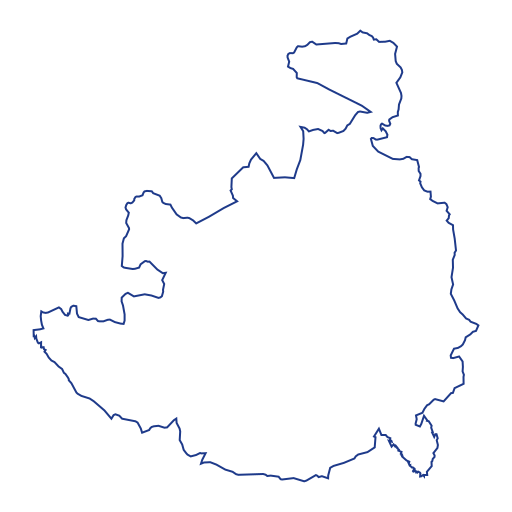 Mixtla de Altamirano, Veracruz, Mexico
{"feature_id": "50627088B84578837711437", "entity_name": "Mixtla de Altamirano", "entity_type": "district", "adm_level": 2, "iso_a3": "MEX", "parent_name": "Mexico", "parent_adm1": "Veracruz", "projection": "natural_earth1", "projection_center": [-96.977, 18.601], "detail": "fine", "context": "isolated", "style": "outline", "palette": "blue", "viewbox_px": 512, "rotation_deg": 0, "n_neighbors": 0, "source": "geoboundaries", "source_scale": "gbopen_adm2", "svg_char_len": 6012}
<svg xmlns="http://www.w3.org/2000/svg" viewBox="0 0 512 512"><path d="M293.6,478.1L304.2,481.3L306.4,480.6L315.9,475.1L317.4,475.8L318.6,477.1L321.9,476.2L328.1,478.3L328.2,475.5L330.2,467.8L333.6,465.9L343.8,462.9L354.4,458.5L355.7,456.4L358.2,454.5L367.5,452.1L374.7,447.4L375.5,437.2L374.0,436.5L378.9,428.7L381.4,435.0L385.7,435.0L387.5,437.1L390.3,438.2L390.0,439.8L391.5,441.0L391.7,441.7L388.9,440.8L391.6,446.6L393.6,444.4L395.2,446.5L395.7,445.7L397.5,447.9L397.3,448.3L398.9,449.7L398.4,450.6L401.5,451.9L400.8,453.8L401.9,454.4L401.5,455.1L402.5,456.1L402.2,456.6L406.6,460.5L409.3,461.7L409.0,463.0L408.5,462.9L409.6,465.4L410.1,465.2L410.0,465.7L412.1,467.6L412.8,467.4L414.4,468.6L413.0,471.1L413.3,471.5L414.8,470.2L415.0,471.3L415.8,471.2L416.1,472.2L416.5,471.9L417.2,472.6L418.1,471.6L419.9,472.6L420.4,473.3L420.1,476.5L421.3,476.3L423.1,475.0L424.0,476.1L424.0,475.0L427.2,475.0L426.9,471.8L431.7,466.1L431.5,461.9L432.2,461.3L432.8,458.8L434.5,457.0L434.6,455.4L433.4,453.1L437.4,448.0L437.9,445.0L436.7,440.2L437.7,438.3L436.5,434.2L435.3,434.2L434.2,436.9L432.1,432.5L432.8,432.2L431.2,427.7L431.6,425.7L428.7,421.2L427.0,420.8L427.2,420.3L424.0,415.8L421.3,423.9L419.9,426.5L415.7,424.8L415.6,423.6L416.7,419.2L416.0,415.4L422.4,412.8L424.5,408.7L427.1,405.2L429.1,404.3L433.7,399.7L435.1,399.1L443.6,401.4L451.1,393.1L452.9,392.9L454.6,388.1L463.6,383.8L463.5,376.9L463.9,374.8L462.6,371.4L462.9,366.9L462.6,361.5L459.1,356.5L453.2,358.1L451.0,357.8L450.7,355.4L454.0,348.7L458.0,347.9L461.0,346.2L462.8,344.5L465.0,340.2L465.7,337.3L470.3,334.4L472.9,331.8L476.0,330.9L478.4,325.4L476.3,323.9L470.6,321.7L469.1,319.8L466.1,318.5L462.7,314.5L460.1,312.2L457.6,308.4L454.2,300.4L450.8,293.8L451.4,289.4L453.1,284.5L451.5,277.2L453.0,267.7L452.8,259.7L454.7,255.0L454.6,252.7L456.0,250.5L454.7,238.7L453.1,229.5L453.0,225.2L448.6,222.8L446.7,220.6L448.7,218.2L449.0,215.4L449.7,214.3L446.6,210.8L447.7,207.2L446.4,204.1L444.6,202.7L437.6,203.4L432.6,200.9L430.2,199.1L430.9,196.7L430.5,191.6L427.5,191.7L424.2,190.4L421.9,187.3L420.2,183.3L420.5,181.6L419.0,180.4L420.5,176.1L420.5,173.8L418.7,171.0L418.6,168.1L419.0,167.0L417.2,160.1L411.8,159.2L409.6,157.1L406.6,156.9L403.3,158.8L399.8,159.4L392.8,158.9L378.2,151.6L372.8,145.9L370.9,138.9L371.7,138.0L373.5,138.1L375.9,139.6L377.5,139.6L387.0,137.2L387.4,134.7L385.7,131.3L382.8,128.4L381.5,130.3L380.6,128.2L380.5,125.8L381.0,124.4L382.0,123.6L385.2,125.5L387.6,125.9L389.5,125.4L390.3,123.8L389.1,120.8L389.3,119.5L392.5,117.2L397.9,115.5L397.8,112.0L398.6,109.4L399.0,104.5L401.3,98.5L401.5,96.0L401.0,93.0L396.4,82.8L400.3,77.4L402.3,72.4L401.9,69.9L400.6,67.4L396.8,63.8L395.7,61.1L395.1,53.9L397.0,46.6L393.4,42.9L389.8,40.8L385.3,41.7L379.1,41.9L376.3,39.3L373.8,39.6L373.1,37.6L371.8,36.1L369.3,35.0L367.1,33.3L362.6,32.4L360.3,30.7L357.2,33.7L350.4,36.7L347.4,38.5L346.2,43.5L341.1,44.0L338.7,43.2L335.1,43.0L316.3,44.5L312.2,41.7L309.9,42.2L307.4,44.8L305.1,46.2L302.2,46.7L298.0,46.2L296.8,47.3L294.1,52.5L292.9,53.2L289.8,53.1L288.3,54.0L287.5,55.8L287.6,57.5L289.2,61.7L288.0,66.6L290.5,68.1L293.1,68.9L296.8,73.0L296.7,77.2L297.3,78.3L317.4,83.1L329.0,89.4L361.8,105.7L370.7,111.9L367.2,112.8L360.0,111.5L358.0,112.0L355.2,115.2L349.8,123.9L347.3,125.4L345.6,128.7L343.4,131.0L338.7,132.8L337.2,133.1L333.1,130.7L330.6,131.0L328.6,129.8L325.1,132.9L324.4,133.1L322.5,131.0L318.1,129.0L313.2,129.9L308.9,131.4L306.9,129.2L304.6,127.7L300.5,126.9L303.2,131.2L303.6,138.9L303.1,144.8L300.3,160.1L296.8,169.3L294.2,178.1L284.9,177.3L274.0,177.9L267.4,165.4L263.6,160.9L260.2,158.9L256.3,153.2L251.0,159.6L249.3,163.4L248.6,166.8L243.2,167.3L231.8,178.4L231.4,187.1L231.8,189.3L230.6,190.5L232.9,195.7L233.1,198.0L237.1,201.3L223.8,208.0L208.9,216.8L196.2,223.4L193.1,220.4L189.3,218.1L187.5,217.7L183.3,218.1L180.9,217.5L179.1,216.2L176.6,214.4L171.9,207.6L170.4,204.6L165.7,204.0L163.3,202.9L162.3,201.9L161.3,198.2L159.7,195.7L153.2,193.2L151.8,191.3L146.9,190.9L144.5,191.4L143.6,192.5L142.5,195.3L139.3,196.5L136.5,196.5L135.5,197.0L134.3,198.9L134.2,200.4L132.3,202.6L130.7,203.3L128.4,202.7L127.4,203.2L126.3,204.9L125.5,207.5L126.1,209.4L128.8,212.7L128.2,215.5L126.4,220.2L126.2,223.0L129.0,228.1L129.1,229.3L126.1,236.2L123.9,238.3L122.5,243.6L122.6,256.2L121.8,266.0L123.8,267.5L125.7,267.9L132.7,269.0L134.9,268.8L139.1,267.6L140.6,264.3L144.8,261.2L146.0,261.0L147.8,261.7L149.5,261.6L157.3,269.5L162.8,273.2L165.7,272.8L162.2,280.1L164.2,284.0L163.0,289.9L163.2,291.6L161.9,296.2L160.4,297.4L158.5,297.9L151.4,295.5L144.7,294.3L133.9,296.4L127.9,292.8L125.5,293.9L121.7,297.6L121.6,301.4L123.0,305.5L124.6,314.4L124.6,320.6L123.6,323.9L120.6,323.6L114.9,322.1L109.9,319.6L107.7,319.8L103.5,321.3L99.4,321.3L98.0,321.1L95.9,318.7L93.0,318.6L88.4,320.0L78.7,317.1L77.0,313.6L76.3,306.2L73.4,305.7L71.3,306.8L70.5,308.2L69.4,313.7L68.0,313.5L68.2,315.3L67.7,315.7L65.0,314.9L62.5,311.7L61.2,309.1L58.9,307.4L48.0,312.5L45.6,312.9L43.0,312.4L41.3,311.4L40.7,316.2L41.1,320.4L41.9,324.7L43.4,328.4L40.1,329.3L33.6,330.1L33.7,335.9L34.2,335.7L34.8,338.1L36.1,336.4L36.3,338.6L37.9,342.7L38.9,343.4L41.1,342.3L41.0,346.6L41.4,346.3L41.9,347.6L43.6,347.2L44.1,349.3L45.6,350.0L44.5,351.7L46.6,353.8L48.7,357.5L51.4,360.5L54.5,362.1L58.6,366.5L62.1,369.0L63.9,372.8L65.4,373.9L68.0,377.6L68.8,379.2L68.8,380.3L71.4,383.2L76.4,392.5L77.6,393.7L81.4,395.9L89.6,398.5L93.7,401.2L104.4,410.4L111.4,418.7L113.6,415.1L115.4,414.3L119.3,415.7L122.1,418.7L135.5,421.3L137.6,422.6L140.8,428.5L142.1,432.7L149.2,430.0L150.1,428.4L151.6,427.0L153.8,426.3L158.5,425.8L164.5,427.7L167.1,427.4L173.9,420.2L176.3,418.6L176.6,422.9L179.6,428.6L180.2,431.4L179.7,440.1L182.2,444.5L183.7,449.9L186.3,453.3L187.5,454.6L190.7,456.4L196.1,455.0L200.1,453.0L201.3,453.4L205.6,453.2L202.2,459.9L201.0,463.7L204.0,462.5L210.2,462.2L216.4,464.6L225.3,469.6L232.6,471.8L236.1,474.2L238.4,474.8L263.1,474.0L265.6,474.7L267.3,476.0L270.7,475.6L278.6,476.7L280.6,479.2L282.1,479.5L293.6,478.1Z" fill="none" stroke="#1e3a8a" stroke-width="2"/></svg>